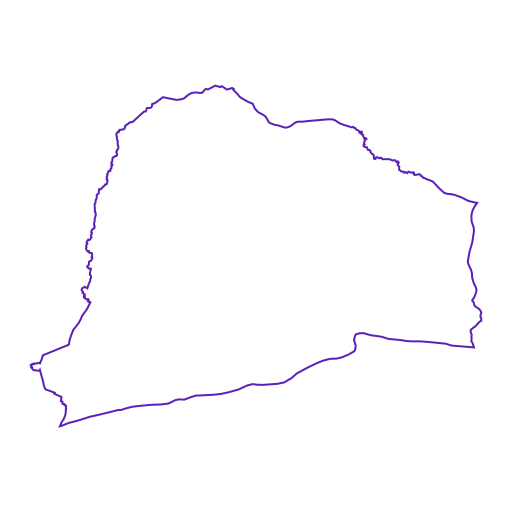 Chaturaphak Phiman, Roi Et, Thailand (Mercator projection)
{"feature_id": "78962969B73854210082339", "entity_name": "Chaturaphak Phiman", "entity_type": "district", "adm_level": 2, "iso_a3": "THA", "parent_name": "Thailand", "parent_adm1": "Roi Et", "projection": "mercator", "projection_center": [103.486, 15.83], "detail": "fine", "context": "isolated", "style": "outline", "palette": "violet", "viewbox_px": 512, "rotation_deg": 0, "n_neighbors": 0, "source": "geoboundaries", "source_scale": "gbopen_adm2", "svg_char_len": 5927}
<svg xmlns="http://www.w3.org/2000/svg" viewBox="0 0 512 512"><path d="M477.1,202.8L474.9,202.5L468.3,200.9L461.5,197.4L454.6,194.9L450.7,194.1L448.0,193.9L445.7,193.4L443.9,192.6L439.5,188.6L433.0,181.7L430.0,180.3L426.6,179.2L424.7,178.1L423.1,177.8L422.4,176.5L421.0,176.0L420.7,175.1L419.2,174.1L417.7,174.7L415.7,174.7L414.8,175.1L413.7,174.2L414.0,173.0L413.5,172.3L412.9,172.3L412.4,172.7L410.3,172.4L408.6,171.6L408.3,171.7L407.3,173.1L405.2,172.0L404.8,172.1L404.6,172.7L404.3,172.8L402.9,171.5L401.5,171.6L399.8,170.2L399.1,169.8L399.2,166.6L397.7,165.0L397.8,164.3L398.7,162.8L398.4,161.7L397.9,161.4L397.4,161.4L396.8,162.2L394.7,160.1L392.6,160.5L389.6,159.2L382.5,159.2L381.1,157.7L379.3,158.3L377.3,157.2L376.2,157.3L375.5,158.9L374.5,159.0L374.0,158.6L373.9,157.7L373.7,155.0L370.8,152.8L370.2,150.6L369.7,150.2L367.9,149.9L367.0,147.3L365.0,147.1L363.6,146.1L363.5,145.1L364.7,144.3L363.9,142.9L364.8,141.1L364.6,139.6L365.8,138.9L366.3,139.2L366.5,139.0L365.7,138.1L364.2,138.0L363.3,136.7L363.2,135.0L361.4,134.2L361.3,133.8L361.8,133.3L362.0,132.6L361.7,131.6L361.3,131.6L360.7,132.7L359.6,132.8L359.3,132.4L359.4,131.4L357.5,130.0L356.1,129.6L355.3,128.1L354.1,127.9L353.4,126.9L351.6,127.3L344.8,125.2L339.8,123.4L334.9,120.2L332.9,119.5L330.9,119.3L328.3,119.3L309.5,120.9L302.4,121.7L297.7,121.7L295.3,122.6L290.6,126.1L287.9,127.2L285.2,127.7L277.8,125.3L274.3,124.7L269.6,122.9L268.7,122.0L266.4,117.8L265.3,116.4L263.7,115.1L258.4,112.3L257.1,111.1L254.9,108.6L252.7,103.7L248.2,101.9L241.0,97.8L239.3,96.4L236.8,93.3L234.7,91.3L234.1,90.3L233.3,89.8L233.2,89.4L233.5,88.9L232.8,88.7L232.6,88.1L231.1,88.2L229.6,88.9L226.5,89.5L222.6,86.5L221.2,86.3L220.4,87.1L215.2,85.7L207.9,89.5L206.9,89.1L205.8,89.0L204.8,89.7L202.7,92.3L201.8,92.7L200.5,93.0L196.4,92.5L194.3,92.5L191.3,93.1L188.2,94.9L183.9,98.5L180.2,99.5L176.5,99.9L163.0,97.2L156.0,102.4L153.6,103.7L152.3,103.8L152.0,104.6L152.1,106.0L151.2,107.4L150.2,107.9L148.7,108.1L147.1,107.9L146.7,108.7L145.9,111.4L144.0,111.6L132.4,122.1L129.9,122.3L129.7,122.8L128.7,123.2L127.7,124.1L125.2,125.7L125.0,126.3L125.2,126.9L124.7,128.1L123.7,129.4L122.2,129.4L120.9,129.9L119.5,129.8L119.0,131.6L118.5,131.4L118.0,132.3L117.3,132.4L116.5,133.4L116.4,135.7L116.9,136.6L117.0,139.7L117.7,140.8L117.7,144.7L118.2,146.0L118.4,147.4L118.1,149.0L116.9,150.1L116.8,151.3L116.2,152.0L116.9,153.4L117.1,155.1L116.5,155.9L115.2,156.0L114.2,157.0L112.9,157.5L112.5,158.0L112.2,161.5L111.2,162.8L111.6,163.3L111.5,164.1L112.3,164.3L112.5,165.0L111.3,166.2L111.6,167.8L110.8,168.6L110.8,169.3L110.2,169.9L110.3,170.9L108.4,171.2L108.2,172.8L107.1,174.2L107.5,175.3L106.7,176.8L107.0,177.6L106.6,179.4L107.5,179.8L107.2,182.6L106.7,184.2L106.4,184.4L105.1,184.5L104.9,185.3L103.9,185.9L103.6,186.6L102.5,187.3L100.8,189.3L99.1,189.2L98.9,190.3L98.9,192.8L98.4,193.8L97.7,194.0L96.7,195.0L96.8,196.4L96.5,199.0L95.8,199.6L95.4,203.1L94.7,203.8L94.7,207.4L95.0,210.5L94.7,211.3L95.5,212.5L95.6,214.0L95.9,214.6L94.7,218.8L94.6,221.2L94.0,224.0L94.0,224.7L94.7,226.1L94.3,226.9L94.6,227.7L93.7,228.8L92.6,229.0L92.4,229.7L91.6,230.5L91.2,232.2L92.0,232.8L91.5,234.5L91.0,234.8L91.2,235.7L91.0,236.5L91.5,237.5L91.0,237.8L90.1,239.6L89.5,239.9L88.3,239.6L88.2,240.5L87.4,240.6L86.6,242.3L86.9,243.0L86.8,243.5L87.3,243.8L86.0,245.9L86.5,247.4L86.0,248.4L86.0,248.9L87.3,251.1L87.8,251.4L88.9,251.1L88.9,252.2L89.8,252.9L91.7,253.0L92.1,254.1L92.0,256.6L91.6,257.1L92.4,257.9L92.3,258.4L90.8,260.9L89.0,261.7L88.8,265.0L87.3,266.2L87.2,266.9L87.3,267.3L88.3,267.7L88.7,268.5L90.9,268.7L89.8,273.8L90.1,275.1L90.8,275.4L91.0,275.9L91.0,278.0L90.4,278.9L90.1,281.2L88.8,283.6L87.3,288.3L85.0,287.0L84.9,287.3L83.5,287.4L82.2,288.4L81.6,289.4L81.7,290.4L82.2,290.7L82.8,291.8L82.6,292.2L82.6,292.9L83.3,292.9L83.8,293.8L84.7,294.4L84.7,294.7L84.2,294.9L84.0,295.4L84.8,296.0L84.9,296.6L83.8,296.9L83.8,297.2L84.9,298.3L85.8,298.7L86.6,299.4L87.4,299.6L87.8,299.2L88.4,299.2L88.6,300.0L88.0,301.5L88.7,301.9L89.5,301.7L90.4,302.3L87.0,309.1L82.0,316.0L80.9,318.9L78.7,323.0L73.2,330.0L70.7,336.6L69.5,340.5L68.8,344.7L42.9,355.3L41.8,359.1L39.9,363.4L39.1,362.9L38.3,362.9L37.2,363.4L33.7,363.6L33.7,364.2L32.5,363.9L31.9,364.1L31.1,365.2L30.7,365.3L31.0,365.9L31.7,366.2L31.4,367.1L31.8,367.4L31.4,367.7L32.3,368.3L32.4,368.8L33.1,369.7L34.8,370.4L35.6,370.2L36.8,370.6L38.5,370.6L39.5,370.8L39.9,370.0L43.0,381.1L43.9,385.8L45.4,389.3L54.7,392.7L54.2,393.7L61.5,397.0L60.9,401.2L62.5,401.7L62.6,404.0L64.5,404.1L64.6,405.2L66.1,405.7L65.8,407.2L66.2,408.4L65.8,408.9L66.0,409.4L65.4,414.8L63.8,418.9L61.7,422.1L59.9,426.3L61.5,425.9L68.6,423.0L77.8,420.6L90.1,416.7L97.4,415.1L118.2,410.0L121.4,409.9L125.5,408.5L132.1,406.8L139.3,405.9L151.4,404.8L160.6,404.5L168.1,403.6L169.7,403.0L175.3,400.1L179.0,399.4L184.3,399.6L191.3,397.0L196.0,395.6L213.1,394.8L221.1,393.9L228.1,392.4L238.4,389.5L247.2,385.5L252.6,384.1L257.0,384.7L262.8,384.9L277.5,383.8L284.2,382.4L291.5,378.1L296.9,373.4L306.6,368.1L317.0,363.1L323.2,360.6L330.2,358.8L336.7,358.6L341.6,357.4L348.7,354.5L354.2,351.3L355.2,349.7L355.7,345.6L354.0,340.0L354.9,336.2L356.1,334.2L360.1,333.2L363.8,333.2L370.2,335.1L381.9,336.8L388.3,338.9L400.1,340.0L407.1,341.1L413.4,341.4L419.2,341.3L428.8,342.0L445.8,343.7L450.9,345.4L453.1,345.7L474.0,347.4L472.6,343.1L471.3,341.2L471.7,338.2L471.4,337.4L471.7,334.4L471.1,333.4L470.5,331.2L471.2,329.3L472.1,328.9L473.5,327.5L475.2,326.5L479.5,321.7L481.3,320.8L481.2,318.3L480.6,317.3L480.4,315.5L481.3,312.7L480.6,310.9L479.5,309.4L477.5,307.8L476.4,307.3L474.5,305.5L474.0,304.1L473.9,303.1L473.1,301.5L472.2,300.7L472.3,300.1L474.0,297.7L475.6,293.9L476.5,290.6L476.3,289.1L475.7,287.2L473.9,283.4L472.6,279.4L472.1,276.7L472.0,273.5L471.2,270.2L468.9,265.4L467.8,262.1L468.7,255.8L469.7,251.1L472.2,242.7L473.9,231.8L473.8,227.9L471.6,221.3L471.4,215.5L472.0,212.4L473.0,209.5L475.0,205.8L477.1,202.8Z" fill="none" stroke="#5b21b6" stroke-width="2"/></svg>